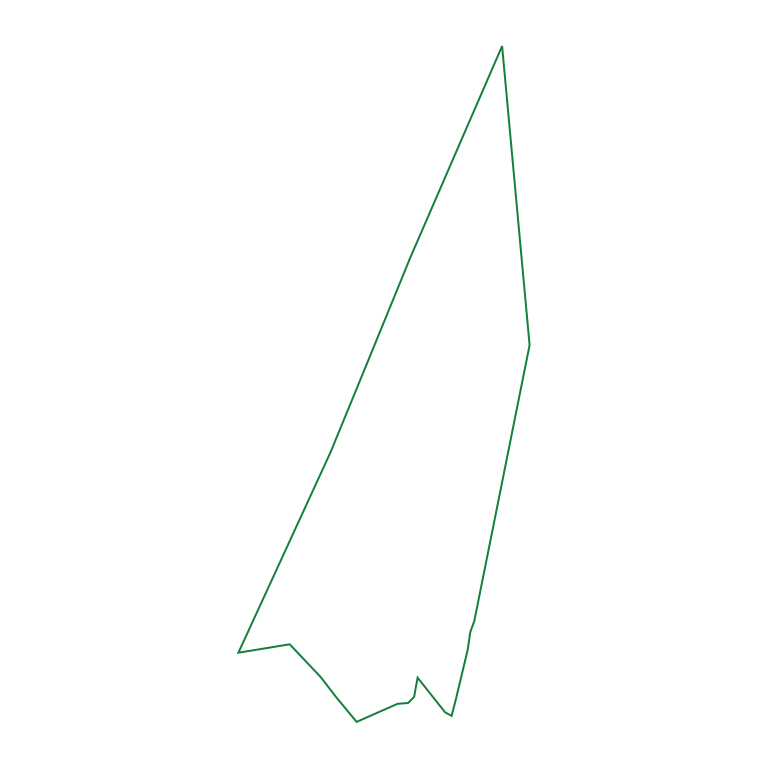 Oualata, Hodh ech Chargui, Mauritania (Robinson projection)
{"feature_id": "47542326B56395627841614", "entity_name": "Oualata", "entity_type": "district", "adm_level": 2, "iso_a3": "MRT", "parent_name": "Mauritania", "parent_adm1": "Hodh ech Chargui", "projection": "robinson", "projection_center": [-7.469, 19.742], "detail": "fine", "context": "isolated", "style": "outline", "palette": "green", "viewbox_px": 768, "rotation_deg": 0, "n_neighbors": 0, "source": "geoboundaries", "source_scale": "gbopen_adm2", "svg_char_len": 426}
<svg xmlns="http://www.w3.org/2000/svg" viewBox="0 0 768 768"><path d="M358.7,383.7L330.6,452.1L238.4,652.7L243.3,651.9L289.7,644.3L320.8,677.2L336.2,697.2L356.6,721.9L378.3,712.3L397.6,703.8L408.1,703.0L414.1,696.9L417.6,677.7L445.1,712.3L451.6,715.9L455.8,699.6L467.7,649.8L468.1,647.0L470.3,632.0L474.3,621.0L529.6,345.1L502.1,46.1L410.0,258.3L401.8,278.4L358.7,383.7Z" fill="none" stroke="#15803d" stroke-width="2"/></svg>